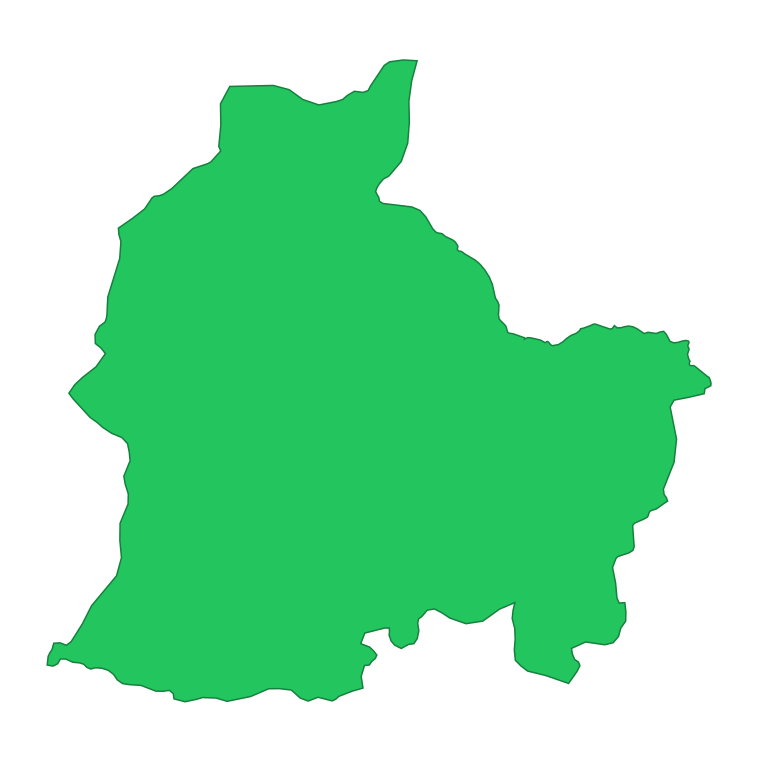 an SVG outline of Tabora, rotated 182°
{"feature_id": "TZA-3359", "entity_name": "Tabora", "entity_type": "Region", "adm_level": 1, "iso_a3": "TZA", "parent_name": "United Republic of Tanzania", "parent_adm1": "", "projection": "orthographic", "projection_center": [32.512, -5.492], "detail": "fine", "context": "isolated", "style": "filled", "palette": "green", "viewbox_px": 768, "rotation_deg": 182, "n_neighbors": 0, "source": "natural_earth", "source_scale": "10m", "svg_char_len": 3918}
<svg xmlns="http://www.w3.org/2000/svg" viewBox="0 0 768 768"><g transform="rotate(182 384 384)"><path d="M710.8,91.4L710.1,100.2L708.5,103.8L706.5,107.0L705.0,113.4L698.7,114.0L692.3,111.8L687.6,115.7L677.2,133.5L668.5,152.2L644.6,183.0L640.3,201.3L642.5,218.3L642.9,235.6L635.6,255.0L635.7,265.1L639.1,274.8L640.8,282.7L635.1,298.4L636.2,306.9L638.2,315.4L644.0,321.3L654.2,325.1L663.2,330.5L669.7,335.8L676.5,340.3L694.2,358.3L698.6,363.8L693.0,372.5L685.5,380.1L672.4,391.1L663.5,404.6L667.9,409.9L673.9,414.4L674.5,423.4L670.4,431.8L665.0,436.1L663.8,439.7L663.3,443.6L663.1,461.2L652.5,500.3L651.9,517.1L654.1,524.0L654.9,530.5L641.1,540.8L629.3,550.6L622.3,561.9L620.1,563.6L615.1,564.3L610.8,566.1L602.9,571.9L582.5,592.6L568.0,598.0L564.9,599.8L555.3,611.2L557.4,615.6L556.1,636.9L557.2,658.3L548.5,676.0L505.1,678.5L489.0,674.8L475.1,665.5L458.8,660.6L441.6,664.6L435.3,666.9L430.5,671.3L423.8,675.5L415.1,674.7L410.1,676.7L407.7,681.7L394.9,702.4L389.7,706.2L376.1,708.5L362.2,708.2L366.9,688.0L369.0,667.4L367.8,646.5L368.7,625.6L374.5,607.0L386.3,592.1L391.9,588.7L395.9,583.5L397.9,579.9L399.1,576.1L397.6,573.2L395.8,570.5L394.8,566.3L391.4,564.4L362.3,561.9L354.1,558.7L348.0,552.4L340.7,540.8L337.7,537.8L335.8,536.9L331.3,536.3L327.6,533.5L320.5,530.4L318.4,529.0L317.3,527.9L315.2,524.8L315.0,523.8L315.4,521.5L315.2,520.6L314.0,519.6L311.5,519.2L310.3,518.6L307.5,516.6L297.2,511.0L292.4,507.2L287.3,501.6L282.6,494.7L279.2,487.4L275.7,473.9L273.2,470.2L271.8,466.9L272.0,457.0L271.2,453.1L269.7,451.4L265.9,447.9L264.3,446.1L263.5,444.2L262.9,441.9L262.1,440.0L260.9,439.2L256.7,438.7L245.2,435.1L245.2,433.7L242.0,435.4L238.5,435.2L229.3,433.4L224.5,431.0L223.8,431.2L223.1,431.8L222.2,432.2L221.0,431.6L219.2,429.5L218.1,428.6L216.9,428.2L211.0,429.5L206.6,432.5L202.7,436.2L198.4,439.3L194.4,441.0L192.8,442.0L190.6,444.1L189.5,445.5L189.5,446.1L186.9,446.7L179.4,449.7L177.1,451.0L175.1,451.3L160.1,446.8L157.9,447.3L155.8,450.4L152.8,448.2L149.3,448.5L145.5,449.7L141.5,450.5L137.0,449.8L133.1,448.1L125.7,443.5L122.0,444.9L113.7,444.0L109.9,445.6L106.4,446.4L103.5,443.3L99.6,436.6L95.7,435.2L91.6,435.9L87.5,437.3L83.7,438.1L81.1,437.5L80.6,436.1L81.7,433.2L81.5,432.0L80.5,430.1L80.3,429.1L81.7,424.5L80.8,421.1L80.1,419.2L79.0,417.5L79.5,416.0L79.7,414.7L79.0,413.4L78.1,413.0L75.3,413.2L74.1,412.7L60.8,402.6L59.9,402.3L59.2,401.7L57.8,398.5L57.2,396.1L57.3,393.7L63.1,390.5L63.6,385.5L79.1,381.3L93.5,378.0L97.2,371.0L89.7,339.1L91.4,315.8L101.1,288.7L100.2,283.3L97.8,280.2L96.5,276.8L97.7,276.1L107.7,268.5L112.3,267.0L113.7,266.1L114.6,264.7L115.4,261.5L116.1,260.2L119.7,258.0L128.9,253.6L130.6,251.2L128.3,230.1L129.4,226.5L133.1,223.9L144.3,219.7L146.1,217.7L149.2,208.6L145.6,193.3L143.7,178.2L141.3,173.3L135.7,173.9L134.3,164.7L134.2,155.4L138.8,148.4L140.8,139.9L146.0,133.4L154.2,131.1L173.5,133.2L187.4,126.3L186.3,120.7L183.9,115.4L180.0,113.0L178.4,109.4L181.2,103.2L189.1,91.2L212.6,98.4L230.4,102.1L237.2,106.9L243.1,112.5L244.5,122.9L244.0,133.8L244.8,144.2L247.7,154.1L247.1,162.4L245.6,170.1L260.6,163.1L277.0,150.5L293.7,147.3L310.1,152.4L317.7,157.1L325.8,161.0L333.0,159.4L338.1,152.9L341.2,150.5L342.0,146.2L340.6,138.6L341.9,130.7L345.1,125.5L350.4,124.6L357.5,120.3L364.2,123.4L367.9,127.4L370.1,133.1L369.9,136.9L370.2,140.3L375.0,140.1L394.5,134.4L398.2,123.7L389.2,120.6L385.2,117.0L381.7,112.9L383.1,109.4L386.6,106.3L388.8,102.7L393.7,102.0L396.6,90.9L394.4,79.4L405.4,75.8L418.3,70.2L421.2,67.3L424.7,65.5L439.0,68.6L448.7,64.5L456.8,67.2L465.9,74.9L477.9,75.9L488.6,75.4L506.4,67.0L529.7,61.4L540.9,64.3L554.5,64.3L560.1,62.4L571.7,59.5L582.9,62.0L583.8,67.2L587.8,70.3L594.4,69.2L601.3,69.1L616.3,74.3L628.4,74.7L634.8,75.5L640.1,78.9L644.2,84.4L649.6,88.3L656.2,90.1L662.6,90.3L667.2,88.9L671.1,90.5L674.2,93.4L678.2,94.6L685.4,95.1L692.3,98.0L697.8,97.9L700.4,93.0L705.0,90.5L710.8,91.4Z" fill="#22c55e" stroke="#15803d" stroke-width="1.5"/></g></svg>